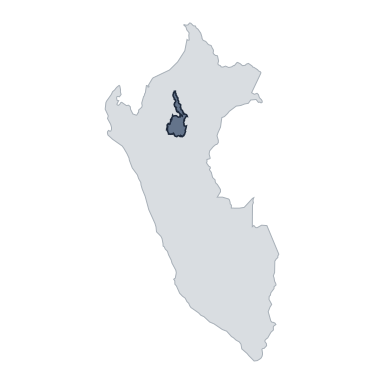 Alto Amazonas, Loreto, Peru (highlighted)
{"feature_id": "86281439B99905701957938", "entity_name": "Alto Amazonas", "entity_type": "district", "adm_level": 2, "iso_a3": "PER", "parent_name": "Peru", "parent_adm1": "Loreto", "projection": "equal_earth", "projection_center": [-76.069, -4.915], "detail": "fine", "context": "in_parent", "style": "filled", "palette": "slate", "viewbox_px": 384, "rotation_deg": 0, "n_neighbors": 0, "source": "geoboundaries", "source_scale": "gbopen_adm2", "svg_char_len": 8393}
<svg xmlns="http://www.w3.org/2000/svg" viewBox="0 0 384 384"><path d="M262.2,101.1L262.1,102.4L261.0,102.9L259.9,102.1L258.4,102.4L256.1,99.5L250.7,100.0L248.3,103.3L244.6,104.0L240.7,105.5L236.2,106.1L229.2,111.4L227.6,113.5L224.4,116.6L221.8,117.6L220.5,127.1L218.0,132.7L217.0,135.8L218.3,140.3L218.3,142.6L216.9,144.4L215.7,144.6L213.3,146.6L209.7,150.8L209.1,154.0L210.2,158.2L209.8,158.7L206.9,159.5L207.0,161.9L206.4,162.8L208.8,166.2L210.2,167.0L210.3,167.9L210.1,168.7L209.5,169.1L209.5,169.9L211.3,172.4L212.6,177.5L215.1,179.9L215.2,181.6L215.9,183.2L217.3,184.4L220.4,189.4L220.5,191.8L217.2,197.2L222.6,197.2L228.6,199.0L229.4,199.9L230.1,202.3L230.2,203.9L231.4,205.2L231.3,208.1L239.1,208.2L244.2,207.4L252.5,198.4L253.8,197.7L253.1,199.6L253.0,201.0L253.4,202.6L252.5,204.8L252.3,226.7L253.8,225.5L255.7,227.6L257.1,227.7L261.6,225.2L266.9,225.6L278.8,254.2L277.8,256.1L277.8,257.6L276.3,258.9L274.8,261.2L274.6,272.5L273.3,275.9L274.0,277.7L274.6,281.3L275.7,283.4L276.0,284.8L275.8,285.4L274.1,286.6L274.0,288.6L270.9,292.7L270.3,295.4L269.2,296.3L269.0,299.4L271.7,304.4L269.9,307.3L268.2,311.7L270.8,321.0L272.0,322.3L273.2,322.3L274.9,323.1L275.9,324.5L273.6,326.2L273.3,327.0L273.4,330.0L270.9,332.3L267.6,338.1L266.8,338.4L265.1,340.2L264.8,341.0L265.1,341.9L266.4,343.6L266.6,345.7L264.2,348.3L262.5,348.6L261.9,349.3L262.5,352.9L262.5,354.5L262.0,356.4L260.8,358.4L257.3,360.6L254.1,361.0L248.8,355.6L247.1,353.5L241.8,348.9L241.0,344.2L239.3,341.9L236.0,340.1L233.4,337.7L231.5,336.6L226.7,331.2L222.3,329.5L214.1,323.9L209.7,322.0L204.0,316.7L200.9,315.3L198.5,312.8L191.0,307.6L189.8,305.9L188.7,303.3L187.0,301.7L185.2,298.2L182.4,296.1L179.7,293.3L176.4,285.9L174.9,284.2L174.8,280.8L173.7,279.2L175.3,278.1L176.3,272.8L175.8,270.2L172.0,263.1L171.2,260.1L168.5,254.7L167.5,251.4L165.2,249.0L164.3,246.9L163.1,246.1L163.0,243.6L162.1,238.8L160.9,236.3L156.5,231.8L156.0,226.9L155.0,223.5L148.8,209.7L145.2,196.4L142.2,189.0L141.0,184.8L140.8,182.5L138.6,178.5L137.4,174.9L132.3,168.0L129.4,160.3L129.0,158.0L127.0,153.7L123.8,148.2L122.2,146.0L112.5,139.2L107.9,135.0L107.4,132.9L107.6,131.6L108.6,130.4L110.0,131.3L110.8,131.0L111.5,129.5L111.5,127.2L110.6,124.2L107.5,118.5L108.3,115.9L105.2,109.2L105.9,102.7L106.6,101.1L111.3,94.5L112.6,91.7L114.6,90.0L116.6,87.4L119.1,85.4L119.8,86.0L120.5,89.6L120.4,91.9L121.1,94.5L119.4,96.8L117.6,96.4L116.8,96.9L116.6,98.0L116.9,99.8L117.3,100.6L118.7,100.6L116.9,104.1L117.0,104.7L118.3,105.4L119.6,104.5L120.9,102.5L121.7,102.3L126.4,105.6L128.6,105.2L130.3,106.8L130.5,109.2L132.9,114.0L136.4,115.2L137.0,114.8L137.8,113.0L138.5,112.7L138.7,110.0L141.8,107.2L142.2,105.3L141.8,103.9L141.8,102.8L143.6,96.5L144.2,95.9L144.7,93.8L145.4,92.6L146.4,85.5L147.3,85.6L148.1,87.2L149.0,86.8L148.5,85.2L148.7,84.7L152.1,79.0L153.1,77.8L169.5,70.0L177.6,62.0L184.8,50.8L187.0,39.5L187.9,40.3L189.2,40.0L188.8,35.4L189.1,33.3L189.0,32.6L186.8,29.9L185.9,26.9L183.9,25.2L184.0,24.6L186.1,25.2L188.0,24.9L189.6,23.0L190.8,23.2L193.4,25.8L195.4,26.0L196.1,27.8L198.0,29.2L200.7,33.1L202.0,37.3L201.9,38.1L203.1,40.3L205.7,41.4L208.4,44.6L211.1,45.5L212.4,48.4L213.1,49.3L213.5,50.9L213.1,52.8L213.5,53.8L215.5,55.5L217.2,55.6L217.6,56.4L218.6,61.0L217.9,63.4L218.2,64.7L220.5,65.8L221.1,66.9L222.9,67.1L225.5,66.1L228.7,67.5L231.1,67.0L232.2,66.6L233.4,65.6L234.4,65.6L236.9,62.6L237.6,62.4L240.2,63.7L242.5,65.7L245.2,65.3L246.4,64.1L248.4,63.4L252.0,65.9L252.8,67.1L253.8,67.3L257.7,69.8L258.4,70.8L260.4,71.8L260.9,72.6L260.7,73.5L251.6,92.7L254.4,94.3L257.0,93.3L258.4,94.6L259.4,97.7L261.5,99.8L262.2,101.1Z" fill="#d9dde1" stroke="#a8b0b8" stroke-width="1"/><path d="M185.8,128.9L185.8,128.4L186.1,127.8L186.2,126.9L186.4,126.0L185.8,126.3L185.5,126.3L185.0,126.1L184.7,126.0L184.2,125.8L184.2,125.6L184.4,125.4L183.9,124.9L183.8,124.7L184.1,124.0L184.1,123.8L184.0,123.6L183.6,122.8L183.6,122.2L183.7,121.9L184.0,121.3L183.9,120.8L183.9,120.5L184.0,120.4L184.4,120.5L184.5,120.2L184.5,119.7L184.1,119.2L185.6,117.5L185.9,116.7L186.2,116.4L186.5,116.2L187.0,116.3L187.3,116.4L187.0,115.5L186.8,115.1L186.6,114.9L185.9,114.4L185.5,114.3L185.3,114.2L184.6,114.2L184.4,114.1L184.3,113.9L184.0,114.1L183.8,114.1L183.5,114.0L183.4,114.0L183.2,113.6L183.2,113.3L183.2,113.1L183.5,112.6L183.5,112.4L182.6,111.9L182.6,111.7L182.7,111.4L182.6,110.9L182.4,110.5L181.6,109.8L181.1,109.7L180.9,109.0L181.0,108.4L180.9,107.9L180.5,107.7L180.3,107.6L180.5,106.9L180.6,106.4L180.5,105.9L180.6,105.6L180.7,105.4L180.7,105.2L180.7,104.7L180.4,104.4L179.7,104.0L179.5,103.7L179.2,103.7L178.9,103.4L178.6,102.9L178.4,102.3L178.7,101.8L178.7,101.5L178.5,100.8L177.9,100.2L177.9,99.8L178.0,99.0L177.9,98.4L177.7,98.1L177.8,97.7L177.6,97.5L177.3,97.5L177.2,97.4L176.9,96.8L176.9,96.3L176.8,96.0L176.6,95.8L176.3,95.5L176.0,95.3L176.1,94.9L175.9,94.6L176.0,94.0L175.9,93.7L175.9,93.4L175.5,93.0L175.4,92.8L175.4,92.0L175.2,92.2L175.0,92.3L175.0,92.2L175.1,91.7L174.9,91.6L174.9,91.3L174.9,91.1L174.7,91.1L174.4,91.0L174.4,90.8L174.3,91.0L174.2,91.6L174.2,91.9L174.3,92.1L174.3,92.3L174.2,92.5L173.7,92.6L173.5,92.8L173.6,93.4L173.4,94.0L173.1,94.2L173.1,94.3L173.1,94.7L173.0,95.4L173.1,96.0L173.4,96.5L173.4,96.8L174.0,97.6L174.1,98.0L174.1,98.3L174.3,98.8L174.3,99.0L174.8,99.3L174.6,99.5L175.0,99.7L175.2,100.0L175.6,100.2L175.6,100.3L175.4,100.4L175.5,100.8L175.7,101.2L175.7,101.4L175.6,101.8L175.4,102.1L175.0,102.4L174.7,102.7L174.7,102.9L174.7,103.1L174.4,103.4L174.4,103.6L174.6,103.9L174.6,104.0L174.2,104.4L174.2,104.7L174.2,104.9L174.4,105.2L174.5,105.7L174.7,106.4L175.1,106.5L175.3,106.9L175.7,107.1L175.4,107.2L175.8,108.1L176.1,108.3L176.0,109.3L176.1,109.5L176.4,109.6L176.6,109.9L176.4,110.7L176.5,111.0L176.9,111.6L177.4,111.4L177.7,112.1L177.9,112.3L178.5,111.9L178.7,112.6L178.8,112.7L179.1,112.8L179.3,113.0L179.7,113.5L179.9,113.7L180.7,114.2L181.0,114.6L181.2,114.9L181.6,115.0L182.2,115.4L182.3,115.6L182.3,116.1L181.7,115.7L180.9,115.9L180.4,116.2L180.1,115.8L180.0,115.7L180.0,116.9L179.7,116.8L179.3,116.9L179.1,117.0L178.8,117.2L178.5,117.2L178.3,117.2L177.9,116.9L176.8,116.0L176.3,115.7L175.3,115.7L174.5,115.8L174.2,115.9L173.7,116.0L173.2,116.3L172.9,116.2L173.0,116.0L172.9,115.7L172.7,115.4L172.6,115.1L172.5,115.3L172.6,115.6L172.7,116.5L172.4,116.8L172.2,117.0L172.0,117.3L172.0,117.6L171.8,117.8L171.9,118.2L171.9,118.4L171.8,118.6L171.6,118.6L171.6,118.8L171.7,119.3L171.8,119.7L171.6,119.8L171.1,119.7L170.8,119.3L170.7,119.3L170.6,119.5L170.5,120.0L170.7,120.4L170.8,120.5L170.8,120.9L170.7,121.2L170.9,121.4L170.9,121.6L170.7,121.7L170.3,122.0L170.2,122.2L170.1,123.1L170.2,123.5L170.0,123.8L170.0,124.0L169.9,124.0L169.8,123.8L169.7,123.9L169.3,124.4L169.1,124.5L169.0,124.3L168.9,124.2L168.7,123.8L168.6,123.7L168.5,123.8L168.4,123.8L168.3,123.7L168.2,123.6L167.8,124.2L167.4,124.6L167.3,124.9L167.2,124.9L167.1,125.2L167.1,125.5L167.3,125.9L167.7,126.4L167.6,126.5L167.3,126.6L167.2,126.6L167.2,126.8L167.3,126.9L167.2,127.2L167.3,127.2L167.5,127.2L167.6,127.4L167.6,127.5L167.5,127.9L167.6,128.0L167.5,128.3L167.4,128.3L167.2,128.2L166.9,128.3L166.9,128.8L166.6,129.0L166.6,129.3L166.7,129.2L166.8,129.2L167.0,129.1L167.3,129.2L167.5,129.4L167.4,129.8L167.5,130.1L167.6,130.4L167.5,130.5L167.4,130.5L167.5,130.9L167.5,131.3L167.8,131.7L167.9,131.8L168.0,132.0L168.1,132.4L168.3,132.6L168.3,132.8L168.5,133.0L168.6,133.5L168.4,133.9L168.5,134.1L169.0,134.2L169.6,134.2L169.9,134.0L170.0,134.0L170.3,134.2L170.5,134.3L170.8,134.2L171.1,134.0L171.3,134.2L171.7,134.0L171.9,134.1L172.2,134.2L172.3,134.1L172.8,134.1L173.0,133.9L173.1,133.3L173.3,133.1L173.7,133.4L173.8,133.7L174.1,134.5L174.5,134.9L174.4,135.3L174.5,135.5L174.7,135.8L174.9,135.9L175.0,136.0L175.3,136.2L175.4,136.3L176.1,136.4L176.8,136.7L177.6,135.9L178.0,135.8L178.3,135.8L178.6,135.6L178.8,135.7L179.4,135.8L179.5,135.9L179.6,136.1L179.8,136.4L180.0,136.5L180.3,136.4L180.8,136.6L181.0,136.6L181.0,136.4L181.0,136.2L180.9,136.0L180.9,135.8L181.0,135.9L181.4,135.8L181.5,135.9L181.7,136.1L181.8,136.1L182.0,136.2L181.9,136.3L182.0,136.3L182.0,136.5L181.9,136.5L182.0,136.6L182.3,136.7L182.5,136.6L182.8,136.4L183.0,136.0L183.3,135.7L183.4,135.8L183.6,135.8L183.8,135.6L184.0,135.5L184.0,135.3L184.0,134.7L184.3,134.3L184.6,134.1L184.8,134.0L184.8,133.8L184.8,133.2L185.1,132.7L185.3,132.1L185.6,131.5L185.2,130.5L185.2,130.1L185.3,130.0L185.5,129.6L185.6,129.4L185.8,128.9Z" fill="#64748b" stroke="#1e293b" stroke-width="1.5"/></svg>